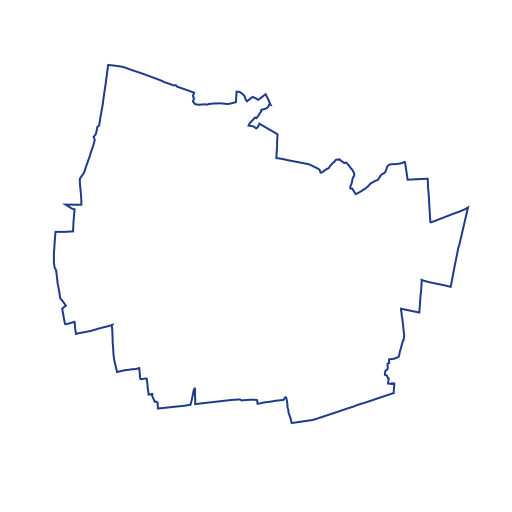 the district of Mihail Kogalniceanu, Tulcea, Romania, rotated 189°
{"feature_id": "2599482B55110090687789", "entity_name": "Mihail Kogalniceanu", "entity_type": "district", "adm_level": 2, "iso_a3": "ROU", "parent_name": "Romania", "parent_adm1": "Tulcea", "projection": "mercator", "projection_center": [28.734, 45.026], "detail": "fine", "context": "isolated", "style": "outline", "palette": "blue", "viewbox_px": 512, "rotation_deg": 189, "n_neighbors": 0, "source": "geoboundaries", "source_scale": "gbopen_adm2", "svg_char_len": 6039}
<svg xmlns="http://www.w3.org/2000/svg" viewBox="0 0 512 512"><g transform="rotate(189 256 256)"><path d="M439.2,173.6L438.6,171.9L437.7,169.4L437.4,168.7L436.6,166.1L435.1,161.9L434.0,159.1L433.4,158.8L431.0,159.7L425.0,162.6L423.9,158.9L423.2,155.7L422.2,152.7L421.7,150.9L417.0,152.8L414.7,153.5L406.6,156.5L400.3,159.6L390.8,163.7L387.3,165.4L387.5,165.0L387.6,164.5L386.6,161.3L386.1,158.9L385.6,156.5L385.4,155.3L384.6,151.6L384.5,150.6L383.9,147.5L382.7,142.8L381.7,138.1L381.1,135.5L379.5,130.4L375.1,119.7L369.1,122.1L366.8,123.0L365.2,123.3L363.9,123.7L361.7,124.4L360.0,125.0L358.9,125.0L356.8,125.7L355.8,126.0L354.7,126.7L353.8,127.0L352.3,121.4L351.6,118.0L351.0,116.9L350.9,116.4L350.6,116.3L350.1,116.4L346.9,117.4L344.9,117.9L344.6,117.4L344.5,116.8L343.8,114.6L343.4,113.1L343.0,111.9L342.9,110.9L342.4,109.0L341.6,106.6L341.0,104.3L340.4,102.6L340.4,102.3L339.3,102.6L338.4,103.0L337.8,103.3L336.9,103.5L336.7,103.3L336.6,103.1L336.9,102.4L336.9,102.0L336.6,101.5L333.2,96.2L331.6,96.6L330.5,95.6L330.2,95.6L329.8,93.5L329.0,90.0L311.6,94.7L302.4,97.1L301.6,97.5L297.9,98.7L297.5,98.7L297.2,100.6L296.9,104.7L296.5,114.2L296.0,115.2L295.7,116.3L295.1,112.9L294.3,108.0L293.5,104.4L292.9,100.2L259.1,109.6L255.5,110.5L249.5,111.8L248.8,111.6L247.8,111.1L242.4,112.4L237.4,113.5L232.7,113.9L232.3,113.8L231.4,110.4L229.4,110.9L227.2,111.7L226.6,112.1L224.8,112.7L222.1,113.5L220.5,113.9L216.2,115.3L212.8,116.5L211.9,116.6L208.0,117.7L206.5,118.1L206.1,118.5L205.8,119.3L205.4,120.6L204.8,121.1L204.5,121.1L203.9,120.6L203.1,118.6L201.6,113.8L201.2,111.3L200.1,109.4L199.9,108.3L199.2,106.0L197.3,102.7L196.1,100.2L195.5,98.5L194.6,96.6L174.4,102.9L172.1,104.0L161.6,109.4L151.3,114.7L142.8,119.2L136.9,122.2L136.1,122.5L134.7,123.5L128.5,126.8L126.7,127.5L110.5,136.0L98.5,142.2L98.7,143.1L99.4,151.7L101.5,151.6L101.5,150.9L105.6,150.7L105.8,155.9L106.6,156.0L107.7,158.0L108.6,158.5L109.8,158.6L110.2,159.0L110.3,162.0L110.0,163.2L109.4,163.8L108.7,164.1L108.5,164.7L108.4,166.1L109.2,169.8L109.2,170.2L108.9,170.5L108.1,170.8L107.7,171.2L108.2,172.8L108.4,174.7L104.7,175.8L103.2,176.3L100.5,177.9L99.2,179.1L99.1,180.6L99.0,181.2L99.0,182.3L98.9,184.9L98.5,186.7L98.3,189.3L97.6,195.6L97.1,195.9L97.1,199.7L97.2,200.7L101.5,216.4L102.7,219.8L103.4,222.8L104.2,224.9L104.5,226.6L85.9,225.7L86.5,234.5L86.9,236.3L86.8,237.2L86.9,237.7L87.3,242.5L87.5,247.5L88.0,253.4L88.3,256.4L88.7,258.3L88.0,258.1L85.3,257.7L78.8,257.1L64.4,256.5L59.5,256.0L58.9,256.0L58.7,261.0L58.2,278.4L58.0,281.7L57.7,288.6L57.5,294.6L57.3,297.0L57.0,298.2L56.4,306.4L54.2,337.1L57.0,334.8L58.9,333.6L61.5,332.0L70.5,327.0L85.2,318.4L88.5,316.6L88.8,316.5L89.0,316.6L89.1,316.8L93.6,337.0L94.2,339.8L94.5,341.1L94.6,342.0L96.5,349.4L98.5,359.2L118.2,355.1L123.0,370.4L123.9,372.2L124.5,372.1L126.2,370.7L129.6,369.4L132.9,368.5L135.6,368.1L138.5,367.2L140.3,365.0L140.7,362.8L140.7,362.0L141.1,360.5L141.6,358.8L142.5,357.9L144.3,356.5L145.2,355.5L147.5,350.4L148.0,349.9L149.7,349.1L151.6,347.5L154.2,345.6L155.6,343.2L157.2,341.3L159.4,338.8L160.5,338.2L161.4,337.2L165.1,334.1L167.3,332.7L168.2,333.8L168.5,334.2L170.2,336.1L171.2,337.4L171.5,337.7L172.0,337.6L173.2,337.3L173.7,338.6L173.6,340.1L173.0,341.9L172.8,344.2L172.7,347.3L172.5,348.5L172.4,348.9L171.8,349.9L171.6,350.5L171.6,351.0L171.8,351.7L171.8,352.6L172.0,352.9L173.2,354.7L173.7,355.4L174.5,356.3L175.9,357.4L177.3,358.7L178.1,359.7L181.2,362.2L181.6,362.4L182.0,362.4L183.0,361.6L183.7,361.7L184.9,362.4L187.1,363.4L187.8,364.0L188.5,364.4L189.0,364.6L189.5,364.2L190.0,363.9L190.6,363.8L191.2,363.9L191.5,363.8L191.8,363.7L192.1,363.5L192.3,363.2L193.7,360.8L194.5,360.1L195.1,359.4L196.7,356.7L198.0,354.1L199.9,352.8L200.8,352.0L201.4,351.3L202.6,350.3L203.3,349.4L203.7,349.1L204.7,348.5L205.2,348.4L206.1,349.8L206.3,350.3L206.7,351.1L208.0,351.7L208.0,351.8L217.9,354.9L241.8,355.7L242.5,355.9L247.0,356.0L251.2,355.9L252.0,363.3L252.0,364.2L252.3,366.8L252.3,368.0L252.8,370.4L253.0,371.7L253.8,379.6L256.8,380.8L273.4,387.2L273.5,386.3L274.5,383.4L275.8,382.0L278.3,383.4L279.9,383.7L283.7,383.6L283.1,386.0L278.6,392.6L277.1,392.2L275.5,395.3L274.3,398.2L273.4,399.7L273.8,400.6L272.9,401.7L271.4,402.0L269.7,403.0L268.2,404.1L267.4,405.1L266.9,406.3L266.7,407.7L266.3,408.0L265.3,407.7L268.2,412.2L271.8,417.3L278.0,410.8L278.3,410.6L278.9,410.7L280.2,411.5L280.8,411.7L281.7,411.8L284.2,412.7L289.2,407.3L290.6,408.9L292.6,412.5L296.7,415.1L298.9,415.5L300.9,415.2L299.9,404.8L306.2,402.1L308.7,401.6L315.3,401.2L323.0,399.7L325.1,399.0L326.1,399.0L326.4,398.8L326.8,398.4L327.4,398.0L330.9,397.7L333.7,397.0L336.5,396.4L338.8,396.4L339.5,396.3L339.8,396.4L342.5,398.8L341.8,401.8L342.7,402.9L342.7,403.5L343.3,404.3L342.7,407.6L351.8,409.4L360.4,410.9L362.0,412.2L363.9,411.6L366.1,412.0L368.5,412.5L374.3,413.5L376.0,414.2L378.3,414.7L397.3,418.5L409.4,420.5L412.7,421.2L413.9,421.5L416.1,421.8L419.4,422.0L424.9,421.9L431.9,421.6L431.8,417.7L431.8,414.5L431.6,412.3L431.6,406.9L431.4,402.4L431.4,393.9L431.3,391.2L431.3,389.3L431.1,381.1L431.2,376.8L431.3,372.2L431.4,369.0L431.3,362.3L431.4,360.8L431.3,359.9L431.2,359.9L432.3,359.4L432.7,359.0L432.9,358.1L433.0,356.5L433.0,353.9L433.2,352.9L433.3,351.2L435.0,348.3L434.0,346.5L433.5,345.6L433.6,343.0L434.3,337.7L434.7,335.8L435.3,332.6L435.9,328.1L436.8,323.5L437.1,321.3L437.8,318.4L438.5,313.3L438.8,311.9L439.5,310.0L440.7,307.7L441.7,305.6L442.0,304.7L441.8,302.8L441.5,301.4L441.3,300.6L440.9,298.4L439.0,291.4L437.8,286.3L437.1,282.8L436.5,279.3L438.9,278.9L441.6,278.5L445.7,277.9L450.4,277.2L452.1,277.0L446.2,274.4L443.6,273.7L442.5,273.7L441.6,261.1L441.1,256.8L440.8,253.6L440.5,251.7L448.2,250.0L457.8,248.5L457.8,248.4L457.3,241.5L456.3,230.5L456.3,229.9L455.7,224.4L455.5,224.1L454.6,217.7L453.7,215.1L453.1,213.0L451.9,211.6L450.9,210.1L451.0,209.9L448.4,200.8L447.7,198.1L445.7,192.7L445.5,191.8L444.8,190.3L444.5,189.2L444.0,187.5L443.3,185.4L442.7,183.7L442.6,183.3L440.6,181.8L436.0,177.3L436.6,176.6L437.4,175.8L439.2,173.6Z" fill="none" stroke="#1e3a8a" stroke-width="2"/></g></svg>